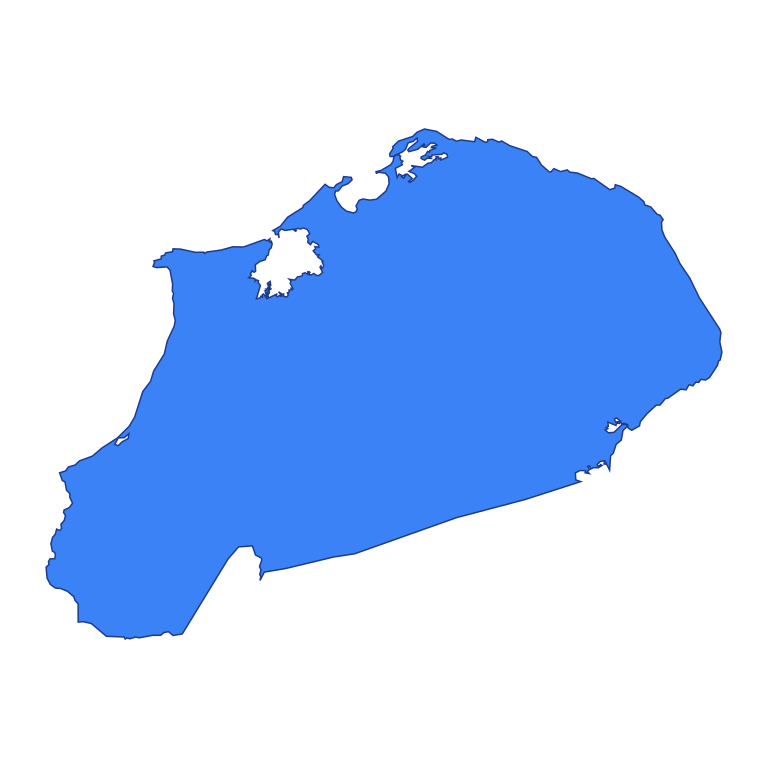 Uribia, La Guajira, Colombia
{"feature_id": "7082276B96062501211498", "entity_name": "Uribia", "entity_type": "district", "adm_level": 2, "iso_a3": "COL", "parent_name": "Colombia", "parent_adm1": "La Guajira", "projection": "orthographic", "projection_center": [-71.822, 11.991], "detail": "fine", "context": "isolated", "style": "filled", "palette": "blue", "viewbox_px": 768, "rotation_deg": 0, "n_neighbors": 0, "source": "geoboundaries", "source_scale": "gbopen_adm2", "svg_char_len": 6077}
<svg xmlns="http://www.w3.org/2000/svg" viewBox="0 0 768 768"><path d="M260.0,580.5L264.3,572.1L285.7,568.5L333.6,557.0L354.6,553.8L456.6,517.6L524.8,499.6L580.7,481.6L575.8,479.9L575.4,472.8L580.2,470.5L585.5,470.7L585.1,472.8L589.2,473.5L587.4,471.7L589.3,469.7L587.7,466.3L589.6,465.9L590.7,469.0L593.5,467.6L598.3,467.8L602.1,465.4L600.4,464.6L600.4,465.7L597.6,465.8L597.2,464.3L600.4,461.4L604.7,460.7L604.0,464.0L606.0,464.2L606.1,463.1L609.6,470.1L610.6,455.8L613.3,453.2L616.1,444.5L621.3,440.0L623.0,430.5L627.7,426.0L624.9,424.2L622.1,424.6L614.1,432.3L608.4,432.8L605.1,429.8L607.8,428.7L606.2,427.4L608.3,426.4L607.9,422.1L616.0,425.5L616.6,423.1L619.4,423.5L620.3,421.4L615.5,422.0L614.4,419.0L616.5,417.9L620.4,421.0L621.5,423.7L624.9,423.5L627.6,424.7L628.2,428.1L631.7,430.3L639.5,425.9L640.3,421.8L646.8,413.9L656.2,405.2L660.0,405.0L665.5,398.5L667.8,398.2L680.6,389.2L686.1,389.8L689.0,384.8L693.0,385.8L695.7,382.2L698.7,382.3L701.0,379.4L705.6,380.0L709.6,377.4L717.4,365.5L718.8,360.6L720.2,360.0L721.9,352.1L719.8,341.8L720.9,332.5L719.6,329.0L699.4,297.9L689.8,278.1L680.0,263.7L675.1,253.3L664.8,237.2L661.9,229.8L661.5,222.2L663.1,219.7L660.1,215.2L657.1,214.3L650.8,207.0L644.7,204.8L643.9,201.7L638.9,197.3L621.0,186.5L615.3,184.7L614.7,188.1L609.8,189.7L593.8,178.4L591.6,178.8L577.3,173.0L569.7,172.1L567.3,169.9L560.6,171.6L553.9,168.6L550.9,172.0L549.2,171.8L541.4,165.0L536.5,157.3L532.4,156.5L527.2,151.5L509.8,145.7L501.5,140.9L499.1,142.2L492.6,139.3L487.8,139.7L487.6,141.8L485.2,142.3L475.9,137.3L474.6,141.7L461.0,140.0L456.5,141.2L452.4,139.0L449.2,139.4L436.6,131.4L424.5,129.0L417.0,132.3L412.6,136.5L398.5,141.1L392.7,146.7L393.1,148.4L389.6,153.9L390.1,156.5L392.5,156.6L402.6,151.8L405.6,149.2L408.2,142.8L413.2,141.4L417.0,138.0L417.6,141.4L408.9,148.5L407.8,150.2L408.9,151.7L417.8,149.2L424.0,143.9L424.8,144.7L422.8,146.8L426.0,147.4L430.6,143.0L434.6,143.2L436.9,145.1L431.9,146.4L431.3,147.6L436.2,148.1L429.8,150.5L429.5,152.1L427.7,151.4L425.4,155.1L421.1,157.0L421.1,158.5L424.6,160.2L427.2,158.2L431.0,158.4L428.6,156.5L431.8,156.7L432.0,155.0L441.9,154.3L443.7,152.8L447.0,154.3L447.6,157.2L440.8,160.1L440.1,159.1L441.4,157.7L438.5,158.8L438.5,156.9L436.6,156.8L437.4,157.5L435.7,158.2L436.0,159.8L434.6,159.4L431.4,162.6L427.6,163.4L422.5,167.2L411.2,165.6L414.5,167.5L408.9,171.4L414.3,173.6L416.7,176.2L413.1,180.5L409.0,182.8L409.7,181.9L408.7,181.3L412.4,178.6L407.4,174.1L405.4,174.3L403.3,175.7L405.7,175.2L403.6,178.3L401.5,176.8L402.9,176.0L399.1,174.0L397.2,177.5L395.3,168.4L402.4,164.7L401.3,163.0L402.9,161.2L400.4,159.8L399.7,155.6L401.1,156.8L398.8,154.5L394.1,156.0L393.0,161.5L390.6,164.8L381.1,170.4L376.0,171.7L376.4,173.2L378.9,172.3L385.3,173.2L388.5,176.7L389.1,183.8L385.9,191.1L376.5,199.3L369.7,200.1L363.0,199.0L359.1,200.3L356.0,206.1L357.2,208.5L356.2,211.6L353.5,213.0L346.2,211.0L341.5,207.2L336.9,200.8L334.6,194.4L335.6,191.0L338.3,190.9L342.1,186.1L348.2,183.6L352.1,179.8L351.3,177.4L343.6,176.6L342.1,181.7L336.3,184.7L333.9,187.8L329.1,187.3L325.1,184.3L309.4,200.9L303.4,205.3L302.8,207.6L287.6,217.2L280.4,226.2L272.8,230.6L274.7,231.5L275.5,234.5L278.3,234.5L279.0,238.0L278.5,231.8L281.2,229.0L285.0,230.4L293.0,229.3L295.5,231.2L296.3,230.7L295.1,229.2L298.4,228.4L300.4,229.1L303.1,227.9L307.2,229.4L309.8,233.7L306.9,236.2L308.3,239.1L307.7,242.3L310.5,244.7L312.7,241.4L318.3,244.5L318.8,247.2L314.9,246.6L315.6,248.9L313.2,250.8L316.6,255.0L319.1,254.8L317.6,256.8L323.0,261.0L322.0,261.8L323.6,264.9L323.0,267.6L321.7,268.7L320.9,265.9L320.0,267.1L322.6,272.4L319.2,275.3L317.0,275.6L313.7,273.5L311.0,275.1L308.4,274.0L309.9,272.6L309.1,271.6L307.7,271.9L308.5,274.5L305.1,272.8L302.6,273.6L302.1,276.0L297.5,276.9L294.7,280.1L289.2,279.2L291.0,280.9L290.2,283.4L293.0,288.7L291.1,288.4L291.8,289.8L289.0,290.1L289.2,292.3L286.7,292.9L288.0,293.1L288.1,295.5L286.5,297.0L283.6,296.3L283.6,293.9L282.4,294.4L278.7,291.8L280.5,294.4L281.9,294.3L281.9,295.9L280.0,296.5L281.3,295.6L280.3,295.2L277.3,296.8L275.8,294.8L277.5,293.7L268.8,297.9L267.8,295.3L269.5,292.6L268.7,290.7L271.0,288.9L270.1,287.8L268.6,288.8L270.7,284.9L270.1,281.4L267.6,283.2L269.9,284.8L267.9,284.9L268.7,286.0L267.5,288.3L268.4,288.6L266.3,289.1L268.0,289.7L265.0,290.9L265.9,293.8L267.5,292.4L266.7,295.0L265.9,294.2L267.4,299.3L263.6,294.0L262.2,294.8L262.4,297.1L260.8,296.3L260.4,297.8L256.4,298.9L260.4,285.5L258.1,282.5L258.5,280.6L256.3,280.0L255.2,281.0L255.6,279.4L253.2,278.1L248.7,277.8L251.3,275.3L250.4,273.8L252.2,271.1L251.5,270.3L254.1,272.3L255.6,271.2L255.3,264.8L259.9,261.4L265.2,259.7L266.6,255.9L268.2,255.0L269.2,249.7L271.1,248.0L272.2,243.9L271.1,240.6L270.8,242.5L269.3,241.7L269.9,238.9L267.0,240.8L264.4,239.5L243.5,247.0L232.7,246.8L220.9,250.1L206.8,252.0L204.6,253.5L203.9,252.2L195.3,252.3L180.6,249.1L173.0,248.8L172.5,251.8L165.8,252.8L164.6,255.0L161.2,256.2L161.3,258.8L153.9,260.9L154.6,262.1L153.0,266.5L156.7,267.6L167.0,266.9L170.0,270.2L172.6,283.9L172.3,291.2L173.6,293.3L172.5,298.3L174.0,303.5L173.6,313.9L175.3,320.4L174.2,326.2L167.3,341.0L164.3,354.0L153.7,371.0L150.5,381.4L142.8,391.5L134.6,417.2L129.2,426.3L117.5,437.9L124.2,437.7L128.8,433.7L128.2,438.5L121.9,442.0L118.2,445.7L114.8,444.4L118.0,438.3L116.4,438.6L101.8,448.1L92.4,456.1L79.6,460.8L75.1,465.0L68.4,467.0L65.4,471.0L59.6,472.8L62.3,480.5L65.0,481.9L66.5,490.2L69.9,493.7L69.8,497.3L72.5,503.2L69.4,507.5L64.0,510.1L63.6,512.6L65.5,515.5L64.2,520.5L61.0,524.2L61.5,528.5L59.8,530.5L56.6,529.1L55.3,534.2L52.6,537.3L50.9,543.7L52.4,551.2L54.7,552.5L55.4,555.2L54.7,558.8L50.0,558.8L48.5,561.6L48.9,564.6L46.1,567.1L47.1,578.2L50.4,584.5L55.3,588.0L60.7,588.5L67.3,591.2L73.7,596.6L75.1,600.5L78.1,603.8L78.2,622.1L83.2,621.7L91.3,623.5L106.4,636.3L124.1,637.0L125.2,639.0L127.5,637.9L129.7,638.8L135.6,637.1L139.2,637.8L152.8,635.3L160.6,635.3L164.0,632.5L168.5,631.7L173.1,635.5L182.3,633.9L228.1,558.9L238.6,546.9L252.4,545.9L255.5,555.0L260.9,557.8L261.9,559.6L259.5,566.5L261.0,570.0L259.7,574.2L260.8,576.8L260.0,580.5Z" fill="#3b82f6" stroke="#1e3a8a" stroke-width="1.5"/></svg>